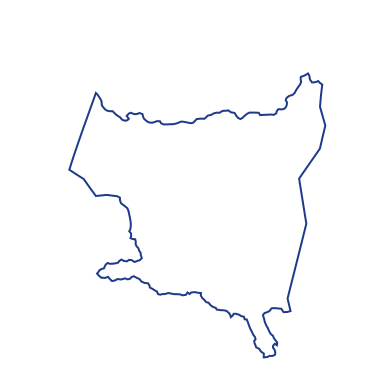 Madalena, Ceará, Brazil, rotated 104°
{"feature_id": "56859067B9185631320714", "entity_name": "Madalena", "entity_type": "district", "adm_level": 2, "iso_a3": "BRA", "parent_name": "Brazil", "parent_adm1": "Ceará", "projection": "natural_earth1", "projection_center": [-39.486, -4.884], "detail": "fine", "context": "isolated", "style": "outline", "palette": "blue", "viewbox_px": 384, "rotation_deg": 104, "n_neighbors": 0, "source": "geoboundaries", "source_scale": "gbopen_adm2", "svg_char_len": 3653}
<svg xmlns="http://www.w3.org/2000/svg" viewBox="0 0 384 384"><g transform="rotate(104 192 192)"><path d="M119.2,309.2L157.4,313.0L170.5,314.2L187.0,315.6L191.6,315.9L200.1,316.4L202.2,310.4L203.4,306.9L205.6,300.2L210.3,294.8L212.8,291.9L217.1,286.7L219.1,284.3L217.1,278.6L215.5,274.3L214.2,263.6L214.9,260.6L216.8,260.1L218.5,259.3L220.1,258.1L221.0,256.0L222.0,253.6L223.4,250.8L226.2,248.8L229.4,247.3L231.8,246.1L234.9,244.7L237.6,243.7L240.1,243.1L243.3,242.8L245.2,243.4L247.0,241.2L249.2,240.4L251.6,240.6L252.0,238.3L251.6,235.7L253.7,234.6L256.1,234.1L258.1,232.7L259.5,230.4L261.6,229.2L263.5,227.1L265.7,226.4L268.3,224.7L270.6,226.0L272.3,228.6L273.8,230.8L272.7,234.1L273.1,236.7L275.0,238.3L275.4,241.2L274.7,244.2L276.4,245.8L278.4,246.6L279.7,248.9L280.8,251.7L281.5,254.1L281.3,256.7L283.2,258.1L285.6,258.7L287.4,259.0L288.7,261.3L290.4,262.9L292.4,263.5L294.1,264.4L295.5,262.4L297.1,259.3L296.3,255.3L294.6,253.0L296.1,251.0L297.8,248.0L296.4,245.3L294.4,243.1L294.1,239.7L292.0,236.1L292.3,233.2L291.1,231.1L289.2,230.1L287.8,228.1L288.7,224.8L289.2,221.8L291.1,219.5L291.7,216.0L291.2,212.6L293.1,210.6L294.9,209.8L295.5,207.0L296.4,204.5L297.0,202.0L299.3,200.2L299.3,197.8L298.2,196.1L297.6,193.6L295.7,190.5L295.6,187.3L295.4,184.2L294.8,181.8L294.2,178.8L294.5,176.1L293.4,173.2L290.6,172.0L291.6,169.8L289.6,168.3L288.5,165.2L288.3,161.3L287.8,158.9L290.3,158.4L292.4,156.4L293.7,153.9L295.4,151.7L295.5,149.0L297.2,146.9L298.5,143.8L298.6,141.0L300.1,139.6L299.9,137.5L299.7,135.3L299.1,132.5L299.0,129.9L300.6,126.7L302.2,125.0L304.0,124.0L302.2,122.7L300.1,122.0L299.5,119.6L299.7,116.6L300.6,114.0L300.4,111.5L302.8,110.1L302.4,108.1L304.8,106.3L308.0,104.2L310.7,102.3L312.9,100.3L315.7,98.0L317.5,95.8L319.5,94.7L321.3,95.6L323.1,95.0L325.1,93.6L327.2,92.1L328.0,88.7L330.1,86.5L331.4,83.2L335.1,82.4L333.9,79.0L332.2,77.0L331.6,74.2L329.7,72.0L327.2,72.5L325.1,73.7L323.4,75.8L321.4,76.1L319.2,74.9L320.1,72.6L317.4,72.9L315.6,75.2L314.2,77.0L311.9,78.7L310.7,81.3L307.9,83.9L305.8,85.4L303.5,87.7L300.4,90.0L297.7,91.3L294.3,93.4L291.8,92.3L290.8,90.5L288.9,88.1L285.7,86.7L284.8,84.4L284.3,81.3L283.7,77.1L286.4,74.1L285.4,70.6L283.7,67.6L272.2,73.5L222.8,73.4L216.2,73.4L195.1,73.4L156.9,89.7L153.0,91.3L150.9,90.5L119.0,78.4L111.3,78.5L108.5,78.6L105.7,78.6L95.3,78.7L78.4,88.4L66.6,90.3L56.2,91.6L55.3,94.1L53.8,96.4L55.1,98.0L56.0,99.9L56.6,102.1L54.3,104.8L52.0,105.7L50.3,106.7L48.9,108.1L51.0,110.1L52.6,112.1L53.9,114.2L55.9,114.0L58.9,112.7L61.8,113.2L64.3,114.3L67.5,115.5L70.9,116.3L73.3,117.8L75.4,121.1L77.8,123.0L80.2,123.3L82.1,121.5L85.0,121.1L87.8,121.7L89.7,123.6L90.3,125.9L90.8,128.3L93.0,129.3L95.3,129.3L97.4,131.4L97.6,133.6L98.4,136.3L99.1,138.7L100.0,141.7L100.9,144.5L99.0,146.4L99.7,149.9L100.4,152.9L101.1,155.5L102.8,157.5L105.6,159.6L108.1,161.1L109.5,162.7L109.0,165.2L107.6,167.2L105.0,169.8L105.2,173.6L104.0,176.5L104.9,178.5L105.6,181.2L106.8,183.0L108.4,184.3L109.1,187.4L110.4,189.8L112.5,192.1L114.1,195.2L115.8,196.2L118.0,197.8L118.7,201.3L120.1,205.1L124.4,207.5L125.5,209.6L125.7,213.4L125.9,217.2L126.3,219.5L128.1,222.0L129.5,224.1L130.8,226.9L131.5,229.5L132.4,232.4L133.3,235.9L132.7,238.8L131.1,240.2L131.7,243.1L133.1,245.1L134.5,247.5L134.9,251.1L133.8,253.9L132.6,256.2L130.9,257.6L128.4,258.9L128.1,262.1L129.6,264.2L130.3,266.2L130.3,268.4L129.9,270.5L131.2,272.3L134.0,273.8L136.3,271.0L138.1,272.2L139.1,274.3L138.7,277.5L137.0,279.7L136.2,282.1L135.1,284.7L132.8,288.6L133.5,291.1L133.6,294.2L132.8,296.5L131.3,298.5L129.9,300.3L127.9,301.1L126.1,301.6L123.8,303.5L121.7,305.7L120.4,307.2L119.2,309.2Z" fill="none" stroke="#1e3a8a" stroke-width="2"/></g></svg>